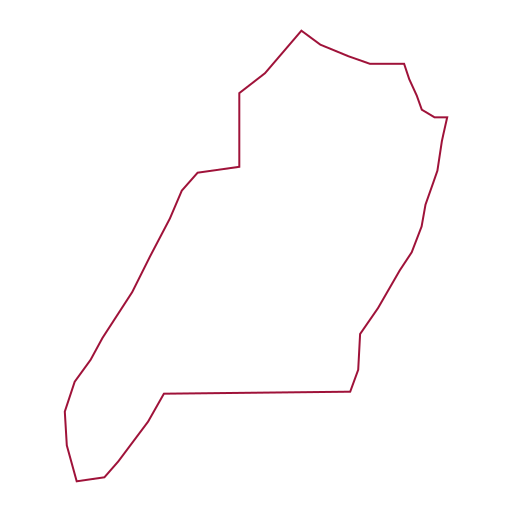 the district of Agios Georgios Kafkaliou, Nicosia, Cyprus
{"feature_id": "46923920B34200358221889", "entity_name": "Agios Georgios Kafkaliou", "entity_type": "district", "adm_level": 2, "iso_a3": "CYP", "parent_name": "Cyprus", "parent_adm1": "Nicosia", "projection": "orthographic", "projection_center": [33.003, 35.032], "detail": "fine", "context": "isolated", "style": "outline", "palette": "rose", "viewbox_px": 512, "rotation_deg": 0, "n_neighbors": 0, "source": "geoboundaries", "source_scale": "gbopen_adm2", "svg_char_len": 639}
<svg xmlns="http://www.w3.org/2000/svg" viewBox="0 0 512 512"><path d="M301.4,30.7L265.0,73.2L239.3,93.1L239.3,166.8L197.6,172.7L181.8,190.6L169.9,218.5L150.1,256.3L132.2,292.1L102.5,337.9L90.6,359.8L74.7,381.7L64.8,411.6L66.8,445.4L76.7,481.3L104.4,477.3L118.3,461.4L130.2,445.5L148.1,421.6L163.9,393.7L350.2,391.7L358.2,369.8L360.1,334.0L378.0,308.1L399.8,270.3L411.7,252.3L421.6,226.5L425.5,204.6L433.3,182.5L437.4,170.7L441.9,141.0L443.0,136.0L443.0,135.9L447.2,117.3L434.5,117.3L421.8,109.7L416.8,95.7L409.2,79.1L404.1,63.8L387.6,63.8L369.9,63.8L348.3,56.2L320.4,44.7L301.4,30.7Z" fill="none" stroke="#9f1239" stroke-width="2"/></svg>